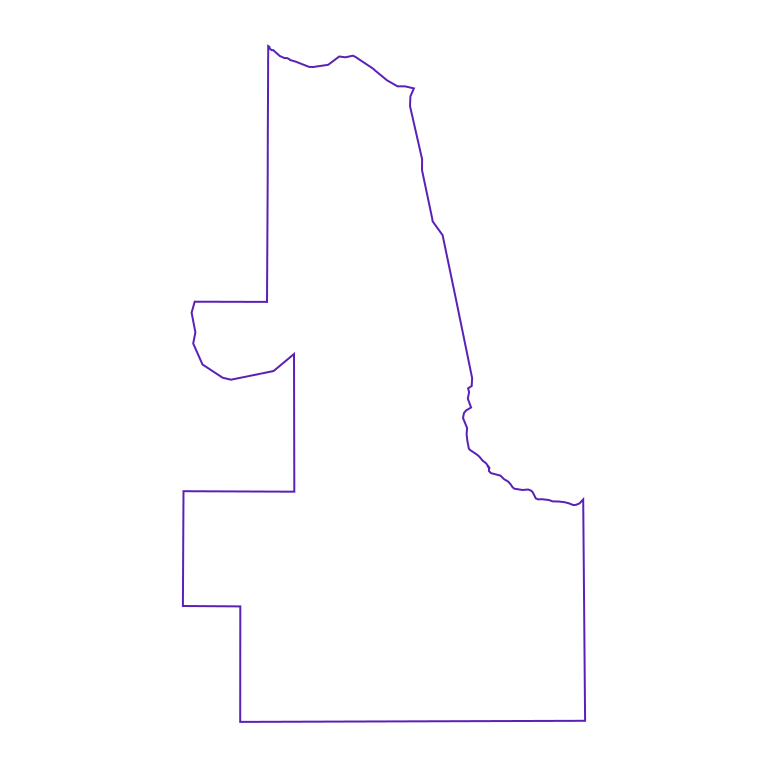 outline of Lake of the Woods, Minnesota, United States of America
{"feature_id": "52423323B31112987754605", "entity_name": "Lake of the Woods", "entity_type": "district", "adm_level": 2, "iso_a3": "USA", "parent_name": "United States of America", "parent_adm1": "Minnesota", "projection": "albers", "projection_center": [-94.86, 48.875], "detail": "fine", "context": "isolated", "style": "outline", "palette": "violet", "viewbox_px": 768, "rotation_deg": 0, "n_neighbors": 0, "source": "geoboundaries", "source_scale": "gbopen_adm2", "svg_char_len": 1399}
<svg xmlns="http://www.w3.org/2000/svg" viewBox="0 0 768 768"><path d="M585.1,720.8L583.2,499.4L579.5,503.4L576.1,504.8L573.5,505.1L568.2,503.1L564.5,502.2L558.6,501.5L552.6,501.4L548.8,500.0L541.9,499.2L538.2,499.4L535.8,498.4L532.7,492.2L531.1,490.6L528.1,489.5L522.6,490.0L514.4,488.7L512.7,487.4L510.6,484.3L508.2,481.6L504.1,479.2L500.4,475.6L490.9,473.1L489.0,471.1L489.0,467.9L488.5,467.3L489.0,467.3L486.1,463.3L482.4,460.4L479.3,456.6L476.8,454.5L470.2,450.1L468.9,448.7L467.4,441.2L466.6,434.3L467.1,428.0L463.0,418.0L464.0,413.0L466.1,410.4L471.1,407.5L467.8,398.7L469.1,392.1L469.0,391.8L468.1,388.3L471.7,386.0L472.1,378.8L472.2,378.4L456.4,301.4L442.6,235.2L432.6,221.3L432.2,218.5L422.0,170.1L422.1,159.2L410.0,106.1L410.4,96.4L413.9,88.4L404.9,86.3L397.4,86.3L387.0,80.3L374.6,70.1L373.6,69.0L355.1,56.7L352.8,55.7L345.5,57.3L339.2,56.5L328.2,64.8L313.1,67.0L309.1,66.9L295.6,61.6L290.0,60.0L289.0,59.0L287.1,58.1L284.3,58.0L279.8,56.0L273.2,50.1L271.6,50.1L269.7,48.6L269.5,47.0L268.2,46.1L268.2,46.9L268.2,56.2L268.2,57.1L268.1,58.3L268.1,66.0L268.1,73.1L268.1,73.3L268.0,95.9L268.0,96.5L268.0,96.9L268.0,98.3L267.8,135.3L267.7,178.5L267.0,301.9L194.7,301.7L191.6,312.7L195.4,332.4L193.2,343.5L202.5,364.5L222.6,377.7L231.0,379.7L273.6,371.0L294.0,354.0L294.3,491.7L183.5,491.2L182.9,606.0L240.3,606.4L240.2,721.9L585.1,720.8Z" fill="none" stroke="#5b21b6" stroke-width="2"/></svg>